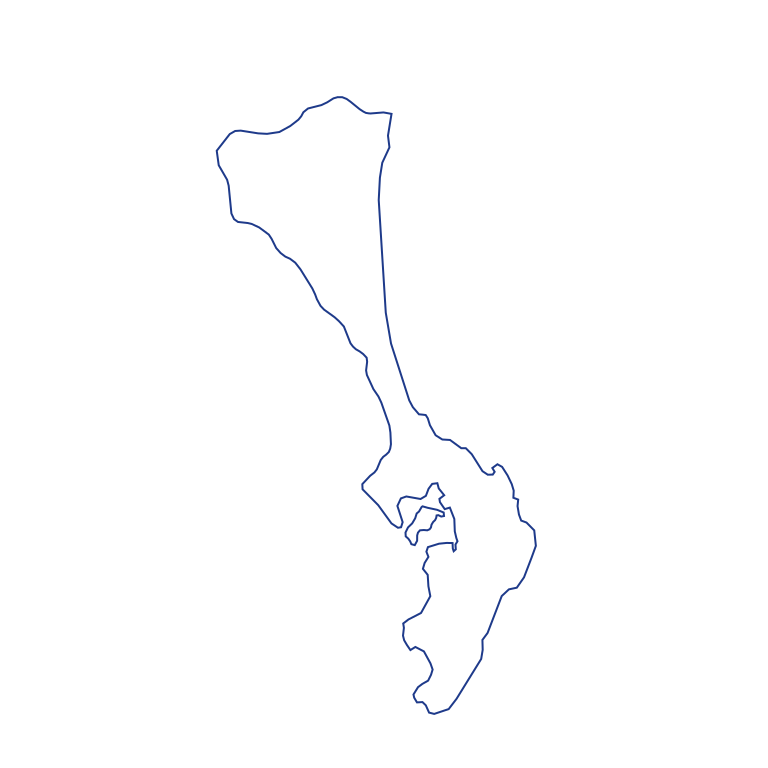 map outline of Ishikawa (Albers equal-area conic projection), rotated 140°
{"feature_id": "JPN-1842", "entity_name": "Ishikawa", "entity_type": "Prefecture", "adm_level": 1, "iso_a3": "JPN", "parent_name": "Japan", "parent_adm1": "", "projection": "albers", "projection_center": [136.851, 36.797], "detail": "fine", "context": "isolated", "style": "outline", "palette": "blue", "viewbox_px": 768, "rotation_deg": 140, "n_neighbors": 0, "source": "natural_earth", "source_scale": "10m", "svg_char_len": 2828}
<svg xmlns="http://www.w3.org/2000/svg" viewBox="0 0 768 768"><g transform="rotate(140 384 384)"><path d="M204.6,586.1L221.3,571.7L227.7,561.8L243.1,554.6L254.5,544.7L269.8,528.3L336.8,437.5L352.6,410.5L375.2,355.2L376.8,347.7L376.7,338.3L374.4,336.0L372.0,333.4L372.5,329.6L375.3,322.9L377.4,311.5L375.0,304.0L369.4,298.7L366.1,285.2L362.6,282.2L361.9,273.8L364.6,253.9L362.8,247.8L358.9,244.7L355.7,245.6L355.0,250.0L348.7,249.6L346.8,244.6L348.1,234.5L350.5,225.2L353.2,218.9L358.0,213.7L355.5,209.2L360.2,204.6L364.5,197.3L366.7,191.2L363.9,186.3L363.0,175.3L371.7,162.4L382.6,156.1L401.0,145.9L413.2,142.6L420.3,146.4L430.1,145.9L464.7,126.7L473.1,124.7L479.3,116.9L486.3,110.9L530.8,96.2L543.4,93.4L557.6,99.0L560.7,103.3L558.5,111.0L559.0,115.6L563.4,118.9L562.5,124.3L561.0,127.2L552.8,129.9L547.3,129.6L540.9,128.4L534.9,131.0L530.3,134.0L528.0,140.1L525.3,153.5L529.0,162.4L534.8,163.2L534.2,169.3L533.3,174.7L531.2,179.0L525.5,184.4L523.2,188.2L516.6,187.9L502.8,184.8L484.9,191.7L480.0,200.5L473.2,209.7L473.0,217.4L467.9,220.8L461.1,223.0L459.3,228.3L455.2,230.8L444.5,226.3L438.2,222.0L433.7,218.1L437.0,213.8L438.1,211.1L435.3,211.2L432.4,215.1L428.8,216.3L427.6,219.5L424.5,225.6L416.9,235.4L413.0,247.0L417.9,249.1L417.1,257.5L415.4,260.4L409.4,260.1L409.2,268.8L406.9,273.7L411.3,276.5L417.2,275.1L423.8,271.4L429.9,272.4L439.2,283.5L444.6,285.5L452.1,282.0L458.5,266.2L463.0,263.3L465.7,264.9L467.9,272.4L466.3,294.9L468.1,317.1L465.0,321.2L464.4,321.3L453.6,322.6L448.2,322.4L444.4,323.2L435.3,327.9L431.4,328.7L427.8,328.5L424.0,328.8L420.8,330.5L417.4,333.4L410.3,342.7L406.6,348.7L398.0,371.5L396.3,378.0L395.4,386.9L391.3,401.9L389.0,405.9L382.6,411.9L380.4,415.3L380.7,420.4L381.7,424.6L383.2,428.7L383.7,432.6L383.5,436.7L377.8,453.8L378.1,461.0L378.9,466.8L382.1,479.5L382.4,484.7L380.9,492.1L379.2,496.8L377.5,503.2L374.3,525.5L374.0,534.0L375.5,540.4L377.7,545.0L379.0,550.7L379.2,557.4L376.8,567.4L376.2,572.5L379.0,584.2L382.5,591.7L384.9,594.9L391.7,602.0L392.9,606.7L391.3,612.7L375.5,635.8L372.9,641.3L370.0,657.8L362.2,670.2L341.5,674.6L335.4,673.5L330.9,670.2L319.3,656.9L312.8,650.8L302.2,644.3L290.0,641.9L279.7,641.5L275.3,642.3L271.1,644.0L265.1,643.9L252.7,637.9L246.5,636.3L239.1,635.3L235.1,633.5L231.6,630.5L229.4,626.4L228.2,621.6L226.0,610.2L224.7,605.9L223.6,603.3L221.6,601.0L220.3,599.8L209.9,592.4L209.2,591.6L204.6,586.1ZM466.0,243.7L465.1,246.6L464.8,249.9L465.3,253.3L463.0,256.4L457.8,258.7L452.0,259.1L446.4,261.1L442.2,263.8L439.2,263.8L434.2,265.6L433.1,265.5L430.2,261.2L424.2,253.5L420.9,247.2L422.9,244.3L425.4,245.7L426.7,248.6L428.2,249.5L430.1,247.9L432.3,246.9L435.1,246.7L438.0,245.7L440.3,243.9L442.5,243.4L444.9,244.1L447.3,246.5L450.5,248.8L453.5,248.3L455.9,246.7L459.4,242.6L464.0,240.8L466.0,243.7Z" fill="none" stroke="#1e3a8a" stroke-width="2"/></g></svg>